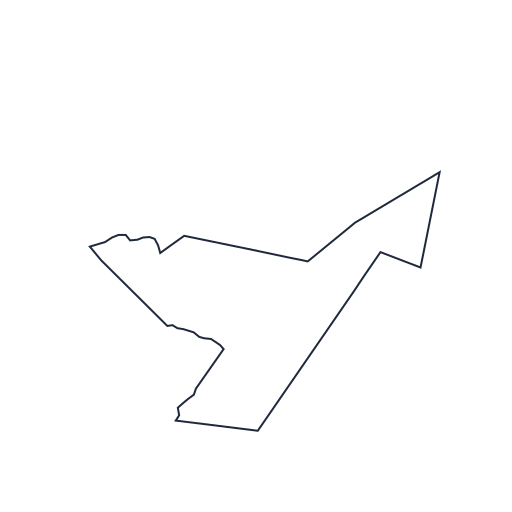 Itaú, Rio Grande do Norte, Brazil, rotated 38°
{"feature_id": "56859067B48438751115666", "entity_name": "Itaú", "entity_type": "district", "adm_level": 2, "iso_a3": "BRA", "parent_name": "Brazil", "parent_adm1": "Rio Grande do Norte", "projection": "mercator", "projection_center": [-37.937, -5.8], "detail": "fine", "context": "isolated", "style": "outline", "palette": "slate", "viewbox_px": 512, "rotation_deg": 38, "n_neighbors": 0, "source": "geoboundaries", "source_scale": "gbopen_adm2", "svg_char_len": 727}
<svg xmlns="http://www.w3.org/2000/svg" viewBox="0 0 512 512"><g transform="rotate(38 256 256)"><path d="M349.1,76.9L313.5,168.8L311.6,177.4L301.9,220.5L300.1,228.4L293.5,231.6L283.2,236.8L250.1,253.0L187.0,284.3L182.5,299.4L178.7,312.6L172.3,307.9L165.6,304.9L160.4,306.6L155.5,311.1L152.6,316.1L147.2,321.2L140.4,319.6L134.7,324.0L131.2,330.0L128.5,337.9L119.3,350.9L136.6,354.7L229.2,365.7L232.8,361.9L238.5,361.3L243.7,358.4L253.9,354.5L261.0,354.7L265.7,352.8L271.6,349.1L282.4,348.3L287.8,349.3L290.3,397.5L292.4,403.5L290.5,410.4L289.2,416.3L287.8,423.7L293.5,428.8L294.1,435.1L365.0,392.6L354.8,222.7L353.4,204.5L351.7,176.3L392.7,163.8L389.9,158.1L349.1,76.9Z" fill="none" stroke="#1e293b" stroke-width="2"/></g></svg>